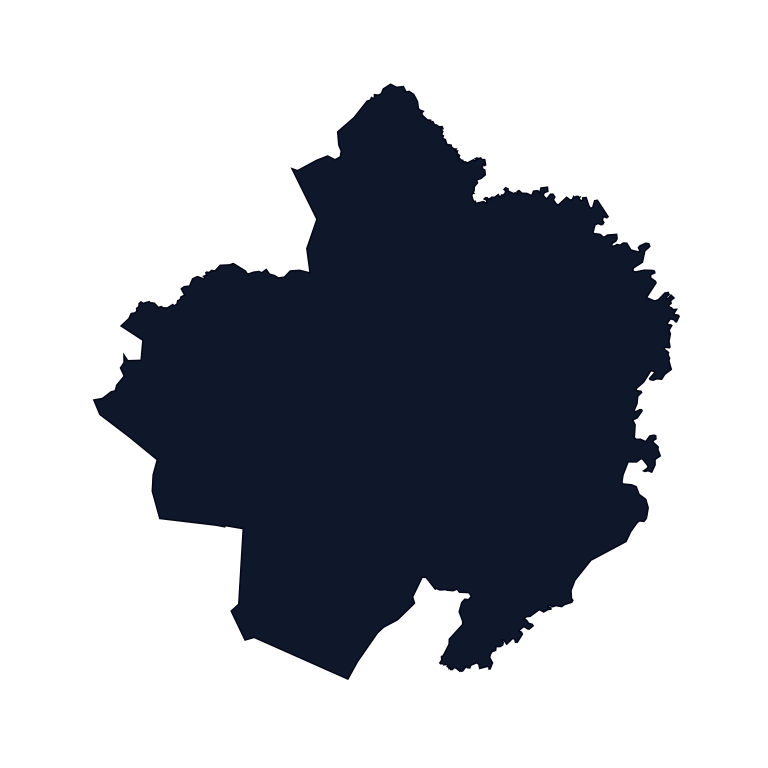 Ķepovas pag., Dagdas, Latvia, rotated 279°
{"feature_id": "27541924B57766741495860", "entity_name": "Ķepovas pag.", "entity_type": "district", "adm_level": 2, "iso_a3": "LVA", "parent_name": "Latvia", "parent_adm1": "Dagdas", "projection": "mercator", "projection_center": [27.779, 56.018], "detail": "fine", "context": "isolated", "style": "filled", "palette": "ink", "viewbox_px": 768, "rotation_deg": 279, "n_neighbors": 0, "source": "geoboundaries", "source_scale": "gbopen_adm2", "svg_char_len": 6169}
<svg xmlns="http://www.w3.org/2000/svg" viewBox="0 0 768 768"><g transform="rotate(279 384 384)"><path d="M117.0,513.2L119.9,513.8L123.2,519.4L121.8,521.6L118.0,523.0L121.3,530.5L120.8,532.0L118.9,532.3L119.2,533.4L125.6,534.8L130.3,531.2L133.7,531.4L136.6,532.6L138.3,535.9L142.2,535.8L142.8,539.8L144.7,542.0L147.3,542.2L149.4,540.6L149.8,542.4L146.2,545.9L152.6,550.6L152.6,553.0L149.5,554.2L149.8,556.1L158.5,559.8L160.4,558.6L161.2,556.0L162.4,556.4L166.4,560.2L164.5,564.4L164.7,565.9L168.5,569.1L169.8,568.1L170.3,564.3L173.0,561.7L173.7,559.1L176.5,561.0L177.4,564.7L185.5,572.7L183.8,577.4L186.8,581.1L187.8,584.1L189.4,583.7L189.5,580.6L191.2,581.1L191.4,583.1L190.4,585.5L192.0,588.5L191.9,594.4L194.2,596.5L197.8,603.6L199.8,604.4L201.6,602.7L209.3,601.0L220.1,603.3L242.3,615.9L266.3,647.7L276.9,650.8L286.3,655.5L288.7,657.5L289.0,662.3L292.4,664.2L303.1,664.3L311.0,660.6L314.9,653.2L322.0,649.2L323.2,644.4L322.6,635.5L324.3,634.3L331.5,634.3L345.3,637.3L346.5,645.6L350.2,649.2L350.6,650.9L344.1,657.8L341.9,657.1L338.8,654.0L338.5,655.7L339.7,658.4L338.8,662.2L346.5,664.4L351.9,663.5L356.2,668.1L362.3,664.7L364.7,664.7L368.7,658.8L370.2,658.7L372.3,661.2L375.4,660.5L375.7,658.5L374.2,654.6L368.0,651.5L369.6,645.8L368.7,641.9L370.2,639.6L383.0,638.4L387.5,635.2L390.0,639.3L397.8,643.1L398.8,642.5L398.7,640.7L395.8,636.7L397.0,635.2L404.4,637.0L411.5,636.5L416.0,639.8L417.0,639.0L417.0,634.3L418.8,633.7L426.6,640.2L439.0,645.5L438.6,648.9L437.7,649.7L431.0,645.5L430.0,646.0L429.8,649.1L431.8,652.6L432.1,657.5L437.5,659.8L443.4,665.5L451.5,661.7L454.1,662.1L457.3,659.9L459.6,660.1L462.4,655.2L464.3,655.9L464.4,660.0L465.3,660.7L470.9,658.8L478.4,659.0L481.6,657.1L486.8,659.1L487.3,657.9L486.7,655.0L488.8,654.5L493.2,656.6L492.8,660.4L491.1,662.1L491.2,663.2L497.0,664.9L498.0,663.9L498.0,660.4L498.7,659.2L503.5,661.3L502.7,657.4L504.1,656.3L504.9,653.3L506.8,653.1L508.4,655.0L511.1,654.0L514.4,657.0L516.7,653.5L512.7,651.3L512.7,650.0L514.5,649.6L517.0,651.6L518.9,650.4L517.8,647.2L510.1,641.8L508.3,638.3L510.4,629.7L526.5,636.9L527.9,636.0L530.5,630.7L533.7,630.3L536.1,634.1L537.8,633.5L538.2,631.9L537.2,623.5L534.0,614.8L534.3,612.8L535.6,611.9L537.7,612.3L544.7,620.2L556.2,620.8L561.4,625.0L564.0,623.6L564.0,620.6L560.5,615.1L558.3,613.9L555.9,615.8L554.2,615.2L555.0,606.9L561.1,601.7L560.7,598.3L558.1,595.5L558.2,592.2L555.9,589.5L556.2,587.6L558.2,587.0L561.4,590.6L563.9,591.5L568.2,590.4L566.1,581.5L563.1,578.1L565.6,574.1L565.4,568.3L566.1,566.7L574.2,567.5L576.1,570.4L575.2,573.5L575.9,575.0L577.9,575.9L579.9,574.1L583.7,574.4L583.0,578.0L584.3,579.2L598.8,566.0L598.0,563.4L591.0,562.5L590.2,561.2L590.1,560.1L592.5,558.2L599.8,554.5L598.9,551.1L596.5,551.4L595.8,550.0L597.3,547.7L599.1,548.2L598.4,547.0L599.6,546.5L599.3,544.3L597.9,543.4L598.9,542.0L595.6,541.1L594.8,539.2L597.0,535.2L588.0,528.1L588.8,525.9L592.4,522.5L595.5,523.5L597.9,521.2L597.5,518.7L592.6,516.0L592.7,514.7L595.4,511.6L598.2,512.6L599.9,515.7L604.0,514.7L602.1,508.3L596.7,507.9L599.0,505.7L597.9,501.5L593.1,500.4L594.6,495.4L594.0,490.4L596.2,487.1L594.9,485.4L592.6,486.4L593.4,484.0L592.4,482.0L594.1,476.2L596.2,476.1L596.8,473.3L594.9,472.1L593.9,473.9L591.5,473.8L589.2,472.3L589.1,470.5L587.2,470.0L587.0,468.7L589.0,467.3L585.5,463.8L585.5,461.3L583.0,460.6L584.1,460.0L582.8,458.2L584.0,456.9L584.0,455.3L582.4,454.0L581.5,456.7L578.5,457.2L579.7,453.5L576.7,446.5L578.7,445.7L578.2,444.7L579.7,443.1L583.9,441.1L586.3,441.8L586.4,442.9L587.7,441.5L588.8,442.8L593.0,442.3L597.3,444.9L599.9,443.5L602.3,447.8L606.4,451.3L611.2,450.1L612.1,447.3L616.4,447.4L616.8,448.0L615.5,449.2L616.3,450.1L621.4,448.4L621.0,445.4L622.5,444.1L621.5,442.4L621.8,440.4L620.8,438.9L620.2,440.5L618.6,439.1L619.4,437.2L615.4,431.8L616.2,429.4L615.5,427.9L617.3,426.7L616.9,425.8L619.9,421.5L621.2,421.1L620.6,422.7L621.6,422.9L623.2,419.9L625.7,420.2L625.4,418.0L627.4,418.6L627.1,416.4L628.4,413.7L630.4,413.1L630.5,408.6L635.0,406.4L635.8,403.4L638.4,403.9L639.3,401.8L642.5,402.6L644.7,400.4L645.4,402.3L647.3,401.2L646.7,397.9L648.1,395.2L647.7,393.5L650.8,391.2L649.6,389.3L651.8,388.9L651.7,385.4L655.5,379.8L657.5,378.8L659.5,380.2L660.2,376.7L661.4,374.9L668.3,372.9L674.7,368.0L677.0,363.0L675.8,360.2L680.8,356.6L679.0,350.1L681.1,343.6L675.3,337.1L670.2,335.9L668.4,333.1L668.3,329.3L665.0,329.8L664.4,328.2L665.0,326.8L662.3,326.2L660.8,323.1L642.5,312.8L625.8,298.8L612.8,302.0L607.5,305.3L601.5,305.3L597.8,300.5L600.4,292.7L594.2,282.2L581.2,265.2L582.3,259.4L536.2,292.0L505.7,286.6L482.1,293.6L483.1,282.9L481.0,273.8L474.0,268.9L472.2,263.1L474.0,258.9L474.6,253.7L478.7,249.8L474.7,245.8L475.6,242.9L474.0,237.6L471.5,233.0L471.9,231.0L473.9,229.6L479.4,216.3L477.5,212.8L475.6,203.6L469.2,199.4L469.2,195.9L466.7,193.8L466.9,191.6L466.0,190.6L463.7,191.8L462.1,188.9L460.8,190.6L459.5,190.0L460.9,182.9L457.9,178.5L450.4,176.7L448.8,171.4L446.3,168.9L440.5,173.3L438.4,169.9L435.4,169.4L434.0,167.2L430.6,167.0L428.4,164.7L429.4,162.8L425.3,158.3L424.7,154.2L425.6,151.7L424.2,149.2L427.9,144.5L427.7,140.2L428.6,139.2L425.9,133.3L427.1,131.1L425.3,129.6L422.1,129.8L420.0,127.8L417.0,128.5L415.1,126.5L414.1,123.3L408.7,121.8L400.2,115.2L389.5,139.0L369.4,140.4L366.9,127.2L372.0,122.6L364.4,123.9L358.7,121.2L351.2,126.2L341.0,120.2L335.2,119.6L333.6,115.7L325.7,108.2L322.8,99.9L309.5,108.1L292.0,140.6L273.7,171.9L258.0,170.2L241.9,171.9L216.1,183.6L218.3,240.6L218.0,249.0L219.3,249.1L219.1,267.6L143.8,275.0L135.8,268.6L109.4,286.8L113.4,295.4L86.9,394.5L105.5,401.2L137.0,416.4L143.7,421.6L153.2,434.2L172.2,448.4L178.2,445.6L199.1,451.9L199.5,455.9L189.4,466.7L190.3,467.7L189.3,471.4L190.7,477.4L190.2,478.1L190.6,484.5L192.8,488.3L190.2,491.1L191.2,500.5L188.0,503.5L184.2,501.2L184.1,497.4L180.0,494.9L170.8,493.9L162.3,498.7L158.8,499.3L142.2,488.4L137.1,489.0L125.1,485.1L123.6,483.4L120.5,484.2L117.2,482.8L116.5,483.6L117.1,485.6L116.0,486.8L116.8,490.0L116.3,491.1L114.8,490.6L114.4,492.4L113.0,492.8L113.8,494.0L112.4,494.6L112.7,496.4L114.6,497.1L114.8,499.5L112.2,503.8L113.0,504.2L112.4,505.2L112.9,506.6L118.1,509.4L116.8,510.7L117.0,513.2Z" fill="#0f172a" stroke="#020617" stroke-width="1.5"/></g></svg>